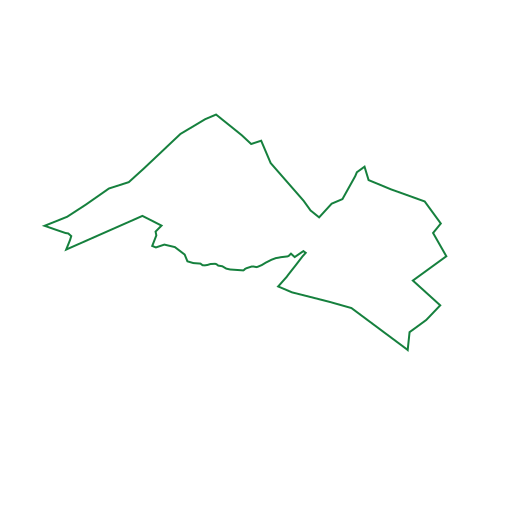 the district of Okaikwei North Municipal, Greater Accra, Ghana, rotated 247°
{"feature_id": "2480657B77934780741907", "entity_name": "Okaikwei North Municipal", "entity_type": "district", "adm_level": 2, "iso_a3": "GHA", "parent_name": "Ghana", "parent_adm1": "Greater Accra", "projection": "equal_earth", "projection_center": [-0.223, 5.629], "detail": "fine", "context": "isolated", "style": "outline", "palette": "green", "viewbox_px": 512, "rotation_deg": 247, "n_neighbors": 0, "source": "geoboundaries", "source_scale": "gbopen_adm2", "svg_char_len": 1382}
<svg xmlns="http://www.w3.org/2000/svg" viewBox="0 0 512 512"><g transform="rotate(247 256 256)"><path d="M219.3,264.5L208.5,274.9L185.1,305.7L170.8,323.5L111.0,358.5L110.2,358.9L125.9,367.6L130.6,387.7L138.6,406.3L172.1,390.8L181.4,431.1L208.0,428.0L213.7,438.8L240.3,432.6L264.6,406.3L281.9,389.3L295.8,390.8L293.7,381.6L290.7,378.5L274.6,357.8L274.6,346.1L266.9,329.2L276.6,324.0L288.2,321.4L335.8,305.8L354.2,305.8L360.1,305.8L361.0,295.3L372.7,290.1L401.8,274.5L401.8,262.8L397.9,234.2L380.5,187.3L373.7,167.8L375.6,147.0L369.8,119.6L365.9,97.5L366.4,73.2L358.5,81.9L351.6,89.6L350.1,92.0L346.5,93.7L343.4,91.1L336.1,83.8L337.3,167.1L320.9,180.9L317.7,173.1L313.9,172.3L305.8,164.4L303.0,167.2L302.3,176.1L295.9,184.8L285.2,190.9L277.9,190.8L274.5,194.9L273.9,195.7L270.7,201.9L268.4,203.2L267.9,204.2L267.4,205.2L266.7,207.9L266.4,211.0L264.8,215.3L263.9,216.4L261.9,217.5L260.8,219.3L259.7,221.0L256.0,223.7L253.7,226.9L247.7,238.7L247.9,239.9L248.3,240.5L248.5,242.3L248.0,247.9L247.4,249.4L245.6,252.1L245.4,253.3L245.4,257.8L246.1,262.6L246.2,264.5L246.5,268.8L246.3,273.5L245.7,275.9L245.2,278.4L243.3,284.9L243.3,286.1L244.5,289.1L243.4,289.6L239.9,291.2L242.0,301.5L239.5,303.0L237.5,298.7L231.9,288.8L230.8,286.8L230.2,285.7L229.7,284.8L229.0,283.5L226.4,278.8L225.6,277.4L224.9,276.3L222.1,270.4L219.3,264.5Z" fill="none" stroke="#15803d" stroke-width="2"/></g></svg>